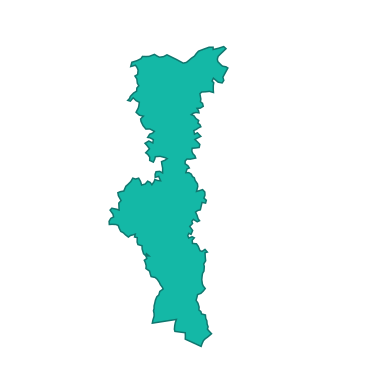 São Pedro do Iguaçu, Paraná, Brazil, rotated 65°
{"feature_id": "56859067B95101539762084", "entity_name": "São Pedro do Iguaçu", "entity_type": "district", "adm_level": 2, "iso_a3": "BRA", "parent_name": "Brazil", "parent_adm1": "Paraná", "projection": "mercator", "projection_center": [-53.891, -24.887], "detail": "fine", "context": "isolated", "style": "filled", "palette": "teal", "viewbox_px": 384, "rotation_deg": 65, "n_neighbors": 0, "source": "geoboundaries", "source_scale": "gbopen_adm2", "svg_char_len": 3941}
<svg xmlns="http://www.w3.org/2000/svg" viewBox="0 0 384 384"><g transform="rotate(65 192 192)"><path d="M294.1,283.4L300.9,260.0L303.3,262.3L305.9,264.2L309.0,266.0L311.1,266.4L316.7,257.6L320.0,259.0L322.5,260.3L335.8,249.0L333.7,247.0L331.5,244.4L330.6,242.0L330.1,239.3L328.7,234.2L325.0,235.4L322.8,236.0L321.0,234.4L318.0,234.1L315.1,233.0L312.4,233.0L309.1,231.8L306.5,234.9L304.1,234.5L301.8,235.6L299.3,234.2L295.3,233.6L291.9,234.1L289.6,232.1L287.3,230.3L287.6,226.8L286.6,223.8L285.1,220.8L282.1,221.5L279.9,221.5L275.6,220.2L272.2,218.2L270.2,216.8L268.7,214.6L266.8,213.5L264.6,212.3L262.2,211.9L260.1,208.7L257.2,207.7L252.6,205.9L252.9,203.5L249.5,204.5L250.1,208.0L248.5,209.6L243.8,209.3L240.8,209.9L238.8,213.3L235.8,212.2L234.5,209.3L232.6,210.8L232.3,214.4L229.7,214.3L228.1,212.3L230.0,210.8L227.2,207.7L222.2,208.6L220.8,204.8L218.5,204.6L217.4,202.3L221.2,199.9L221.2,197.3L218.8,197.8L215.4,197.3L211.7,197.3L211.2,194.7L211.7,192.0L205.7,187.3L207.8,184.4L205.5,182.5L202.6,183.8L200.4,181.6L197.4,180.4L194.3,181.4L193.9,184.9L193.4,187.7L189.4,184.4L186.9,183.6L182.9,184.3L180.1,183.9L178.2,185.1L175.5,185.1L173.1,186.7L171.9,189.4L169.0,186.8L169.1,184.3L166.5,184.6L163.4,186.3L160.9,185.0L160.0,182.6L161.5,179.7L162.8,174.3L160.3,174.1L157.7,175.0L154.9,174.9L152.4,173.4L153.6,170.2L154.7,166.7L152.2,164.8L148.9,165.9L145.6,167.2L145.4,164.5L145.3,160.5L140.6,162.1L140.6,165.3L137.1,164.4L137.1,161.7L136.6,159.0L136.6,156.4L134.2,156.4L132.1,157.6L130.0,155.7L127.2,157.4L123.6,158.1L121.6,160.0L121.1,157.6L121.6,154.8L123.2,152.2L120.9,151.7L118.3,152.1L119.5,149.0L119.1,145.6L116.1,145.0L113.8,146.2L111.5,144.7L106.2,143.3L105.5,140.9L106.9,137.4L108.2,133.6L110.9,130.5L108.3,129.5L104.5,127.7L102.2,126.1L99.9,126.9L97.9,124.5L103.5,121.9L105.9,118.6L104.3,116.0L101.0,115.5L94.8,107.1L92.9,108.3L90.8,111.2L88.5,112.2L84.7,113.5L82.3,112.9L80.1,111.0L79.0,108.0L76.5,100.6L73.6,101.8L72.9,107.3L71.8,112.6L69.7,111.7L68.0,115.4L67.5,120.9L67.1,126.6L68.3,129.5L69.9,132.3L70.5,136.0L71.4,139.1L72.2,142.4L71.5,145.5L65.3,150.1L57.1,156.7L57.3,160.6L56.1,164.5L54.4,165.9L51.4,167.9L51.0,173.5L49.8,176.4L48.2,179.6L49.6,181.9L49.7,186.4L49.0,191.7L52.4,194.5L53.2,189.7L55.9,189.2L58.7,189.3L62.5,191.6L62.8,194.7L66.2,194.2L70.4,195.6L73.3,195.3L74.4,198.0L77.2,199.6L77.6,203.1L79.3,207.5L80.9,209.1L81.8,211.5L83.6,209.5L81.8,205.5L85.7,204.0L88.4,201.8L91.5,203.8L93.2,205.2L96.1,209.0L100.1,207.3L102.7,204.0L104.1,207.7L106.6,208.4L111.2,208.3L115.5,207.2L117.0,203.6L121.1,200.5L122.0,202.9L121.7,205.9L123.8,209.1L125.1,207.2L128.2,204.9L131.0,206.8L127.5,209.6L128.0,214.0L130.9,213.1L134.9,212.3L136.9,217.4L139.2,216.2L142.6,215.6L145.5,217.0L148.6,214.4L146.6,212.0L144.5,210.3L146.2,205.8L149.5,201.8L151.3,200.4L151.8,203.1L151.6,206.8L154.2,207.6L157.9,208.5L162.3,210.6L159.6,212.6L158.4,216.0L160.3,217.9L163.2,219.2L163.7,215.6L168.6,215.7L167.1,218.2L165.0,220.4L166.6,222.0L168.5,225.3L165.7,225.8L163.4,227.6L165.0,231.0L164.4,234.7L160.7,234.2L156.9,234.5L156.4,237.7L154.4,239.8L156.7,243.1L158.1,247.0L158.8,249.5L162.3,253.4L161.4,256.8L161.3,259.5L164.3,260.3L169.8,259.9L171.1,263.0L175.1,264.7L177.6,265.7L175.8,267.5L174.2,269.7L172.8,271.5L173.8,273.9L178.6,273.0L181.5,273.6L181.6,276.7L183.5,279.5L186.5,280.7L187.5,278.1L189.3,274.7L191.1,273.0L194.5,273.3L197.6,273.2L200.0,271.4L202.7,270.4L206.0,268.7L205.4,266.2L205.9,263.7L206.2,261.2L208.5,263.1L210.2,260.9L214.2,262.9L216.8,263.2L219.6,260.0L222.6,261.3L227.5,262.0L230.4,260.8L233.2,261.0L233.7,264.1L236.0,264.1L239.5,264.7L241.9,266.1L245.8,263.9L248.9,264.5L251.4,264.8L253.9,261.5L256.4,260.4L260.0,259.8L262.8,259.8L265.4,259.2L267.7,259.1L268.5,263.2L271.3,265.6L272.1,268.2L274.5,270.8L277.0,272.7L279.2,274.5L281.7,275.7L283.3,277.1L286.0,277.7L288.5,278.8L291.6,281.6L294.1,283.4ZM230.4,260.8L228.6,259.4L231.8,257.9L230.4,260.8Z" fill="#14b8a6" stroke="#0f766e" stroke-width="1.5"/></g></svg>